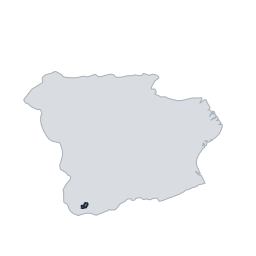 location of Augie, Kebbi, Nigeria, rotated 247°
{"feature_id": "59680162B78681214723365", "entity_name": "Augie", "entity_type": "district", "adm_level": 2, "iso_a3": "NGA", "parent_name": "Nigeria", "parent_adm1": "Kebbi", "projection": "equal_earth", "projection_center": [4.617, 12.907], "detail": "fine", "context": "in_parent", "style": "filled", "palette": "slate", "viewbox_px": 256, "rotation_deg": 247, "n_neighbors": 0, "source": "geoboundaries", "source_scale": "gbopen_adm2", "svg_char_len": 4320}
<svg xmlns="http://www.w3.org/2000/svg" viewBox="0 0 256 256"><g transform="rotate(247 128 128)"><path d="M194.8,43.1L201.2,54.5L202.6,63.0L203.2,67.2L204.2,67.7L206.1,67.9L207.5,68.7L208.4,70.1L208.9,71.4L209.1,72.2L208.7,77.3L208.3,79.1L208.6,81.6L208.5,82.7L208.3,83.4L207.4,84.3L206.3,85.1L203.5,87.5L202.7,87.9L201.5,88.0L200.5,88.6L199.3,89.9L196.7,94.8L194.5,99.7L193.0,107.6L191.0,110.1L190.7,112.3L190.4,117.2L190.2,118.7L189.8,119.2L187.7,120.1L186.5,121.3L185.8,123.5L184.9,131.1L184.6,132.4L183.9,133.7L182.8,135.2L181.9,136.0L179.5,136.5L177.2,142.2L177.2,143.3L176.2,148.5L174.4,152.4L174.3,155.0L172.1,158.4L170.9,160.8L172.1,163.3L172.2,163.7L168.4,167.9L168.2,168.5L168.0,171.4L167.7,172.2L167.0,173.2L166.0,174.4L165.0,175.3L163.8,175.9L162.6,176.2L162.0,175.8L161.6,174.9L161.0,171.4L160.6,170.6L159.9,169.9L156.9,166.0L155.1,164.7L154.7,164.8L154.4,165.1L153.9,167.1L153.4,167.8L152.5,168.1L150.8,168.1L149.6,167.8L149.4,167.4L148.8,165.9L145.1,169.4L143.8,170.2L142.2,174.4L139.9,176.5L138.3,178.3L134.0,184.1L133.2,185.7L132.3,188.3L130.5,199.0L127.6,205.7L127.2,207.2L126.6,207.7L125.5,207.3L125.0,206.1L124.3,205.9L123.0,204.0L122.8,204.3L124.1,209.0L123.6,210.8L120.0,210.8L116.9,211.4L114.7,211.4L113.7,210.7L113.2,209.0L112.9,210.1L112.2,210.8L109.8,211.0L108.7,209.8L107.9,208.5L107.0,207.9L107.1,208.4L108.2,209.7L108.0,211.6L106.1,213.8L104.9,213.9L104.1,212.9L103.7,211.4L103.5,209.2L103.0,207.7L102.7,207.7L103.1,210.2L103.1,212.4L104.0,214.2L102.6,214.7L100.9,214.8L100.7,214.1L100.5,212.7L100.2,212.3L99.8,214.8L96.3,215.5L95.8,215.4L95.7,214.9L96.0,214.2L95.9,213.1L95.2,214.0L95.0,215.7L94.6,216.0L93.3,215.7L91.8,214.8L89.5,212.7L86.6,209.1L86.1,207.6L85.3,205.6L83.8,200.3L84.1,200.0L84.7,200.3L85.0,199.8L83.8,199.4L83.6,199.0L83.5,197.9L83.6,196.4L85.4,195.7L85.8,194.8L86.1,193.9L83.8,195.2L81.7,193.7L81.3,192.8L81.5,192.1L83.9,192.1L84.8,191.4L84.3,191.1L83.3,191.2L83.0,190.7L83.0,189.6L82.7,189.8L82.3,190.8L80.9,191.5L80.1,190.8L80.0,189.2L79.8,188.5L79.1,187.9L76.6,183.7L73.5,180.2L70.8,177.8L66.6,176.6L57.8,176.7L57.4,176.4L57.9,175.8L58.7,175.4L61.5,173.5L61.0,173.2L58.1,174.4L57.1,174.6L55.8,176.9L47.2,177.4L47.2,176.3L47.6,173.3L48.1,171.1L47.5,168.5L47.4,166.2L47.8,165.4L47.9,164.6L47.8,158.5L48.3,157.7L48.3,157.0L47.4,154.5L47.4,152.5L47.2,150.6L46.9,149.8L47.3,142.4L47.2,140.6L47.5,139.3L47.6,136.2L47.6,133.1L48.2,128.2L51.9,127.5L52.8,125.6L53.3,123.2L53.1,120.8L54.3,118.7L55.8,116.8L55.7,114.8L56.1,114.2L56.8,113.7L57.8,113.4L58.9,112.4L59.5,110.7L60.1,107.8L59.1,105.8L59.2,105.4L59.5,104.3L60.1,103.2L60.6,102.9L61.6,103.2L62.0,102.8L62.7,99.6L62.6,98.8L61.6,96.7L61.1,91.0L60.8,90.2L60.0,89.2L58.0,85.2L58.0,83.3L58.9,80.9L59.4,79.7L60.2,79.1L60.4,78.5L60.1,77.8L59.7,77.3L59.7,76.2L60.1,74.7L59.9,73.0L60.1,64.5L61.8,62.8L64.2,60.0L65.5,57.1L66.1,54.9L66.9,47.6L68.2,46.8L70.7,44.1L73.9,42.6L76.1,42.1L79.8,42.4L81.7,42.1L83.4,40.7L84.1,40.3L85.1,40.0L94.5,43.8L95.3,43.7L96.1,43.9L97.2,44.9L100.0,48.5L102.9,54.0L103.8,55.1L104.7,55.8L105.6,56.0L106.3,55.9L107.0,55.4L107.9,54.4L109.3,53.9L110.4,54.0L116.2,49.8L116.8,49.7L120.4,50.6L125.3,54.8L129.3,57.6L132.1,58.5L135.4,59.2L141.0,59.4L145.2,53.5L146.8,52.2L148.6,51.0L152.6,49.9L159.1,49.2L165.2,49.5L169.1,50.5L173.1,52.4L174.8,54.3L177.6,54.6L179.5,54.2L180.1,52.4L182.1,50.0L185.0,47.7L187.3,46.2L189.3,45.5L191.0,43.7L192.4,43.1L194.8,43.1ZM110.0,213.4L108.7,213.9L107.8,213.8L109.0,211.4L109.6,211.9L110.4,212.1L110.0,213.4Z" fill="#d9dde1" stroke="#a8b0b8" stroke-width="1"/><path d="M75.1,60.5L75.1,60.4L75.2,60.2L75.3,59.9L75.4,59.7L75.5,59.7L75.9,59.5L75.9,59.2L75.4,58.6L75.2,58.2L75.0,57.9L74.6,57.6L74.4,57.4L74.4,57.2L74.2,57.0L73.9,56.9L73.7,56.9L73.8,56.8L73.8,56.7L74.0,56.5L74.0,56.4L74.1,56.2L74.1,55.9L74.5,55.5L74.6,55.2L74.8,55.0L74.8,54.9L74.7,54.8L74.5,54.6L74.2,54.5L73.4,54.6L72.5,53.9L72.0,54.5L71.7,55.3L71.4,55.9L71.5,56.3L71.9,56.6L72.5,56.6L72.3,57.2L72.3,57.4L71.3,57.8L71.1,58.5L71.3,58.6L71.4,58.8L71.7,59.0L71.8,59.2L72.0,59.3L72.1,59.5L72.3,59.5L72.4,59.8L72.5,59.9L72.5,60.0L72.4,60.0L72.5,60.0L72.4,60.0L72.5,60.2L72.5,60.3L72.6,60.5L72.8,60.6L72.9,60.8L73.0,60.8L73.2,61.0L73.3,61.0L73.5,61.1L73.8,61.2L73.9,61.3L74.0,61.3L74.3,61.3L74.5,61.3L74.8,61.3L74.9,61.1L75.0,60.9L75.0,60.7L75.1,60.5Z" fill="#64748b" stroke="#1e293b" stroke-width="1.5"/></g></svg>